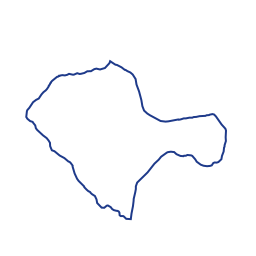 Camotán, Chiquimula, Guatemala (orthographic projection), rotated 48°
{"feature_id": "79465075B72038924069090", "entity_name": "Camotán", "entity_type": "district", "adm_level": 2, "iso_a3": "GTM", "parent_name": "Guatemala", "parent_adm1": "Chiquimula", "projection": "orthographic", "projection_center": [-89.276, 14.868], "detail": "fine", "context": "isolated", "style": "outline", "palette": "blue", "viewbox_px": 256, "rotation_deg": 48, "n_neighbors": 0, "source": "geoboundaries", "source_scale": "gbopen_adm2", "svg_char_len": 2177}
<svg xmlns="http://www.w3.org/2000/svg" viewBox="0 0 256 256"><g transform="rotate(48 128 128)"><path d="M213.7,79.5L211.6,76.8L209.5,72.7L206.8,69.7L206.5,68.8L205.4,67.7L203.2,64.0L200.2,61.6L195.5,56.9L193.7,56.1L188.0,56.1L178.2,54.9L175.6,55.0L174.2,55.9L172.8,58.3L172.6,59.2L171.1,61.1L170.8,62.3L167.1,66.9L165.4,69.9L163.8,71.9L163.3,73.4L161.5,75.3L159.5,78.7L158.2,80.1L156.9,83.0L155.8,84.8L155.3,84.9L150.1,93.5L148.4,95.8L144.6,99.1L133.1,103.2L130.1,104.0L125.8,104.4L121.4,102.7L116.2,99.4L108.2,95.3L101.4,92.6L96.7,89.6L91.4,88.7L88.3,89.1L85.3,90.4L83.1,91.0L82.6,91.5L78.6,92.2L73.8,94.0L72.5,95.0L66.4,96.6L67.4,98.4L68.0,105.0L65.8,109.6L62.7,111.8L61.7,113.7L61.0,117.5L58.6,120.3L57.9,123.6L56.3,126.6L55.5,127.8L53.3,129.1L52.1,132.6L51.5,133.3L48.3,135.6L47.8,137.6L46.7,139.7L44.8,141.4L43.6,143.3L43.6,144.0L43.0,144.3L43.0,145.8L42.5,146.5L42.2,152.8L42.4,154.5L42.8,154.9L42.7,155.9L43.4,157.0L43.5,158.5L44.0,159.0L44.8,162.1L45.0,163.9L44.8,166.8L45.1,169.4L45.3,170.4L46.4,174.6L45.6,177.5L45.3,181.3L47.0,187.9L47.3,190.7L47.8,191.8L51.7,196.2L53.8,196.6L57.4,196.1L59.6,194.8L60.7,195.0L64.0,195.2L66.5,196.6L68.6,196.8L76.5,196.1L81.1,195.2L84.2,195.4L86.8,195.9L89.4,198.0L93.6,199.5L96.0,198.2L102.7,197.2L107.8,195.4L113.1,194.7L114.1,194.1L115.7,194.0L118.9,194.3L119.6,195.0L126.1,198.1L131.6,199.8L134.2,200.1L142.1,199.7L142.7,200.1L146.1,200.0L148.7,199.7L149.3,199.3L150.4,199.0L151.2,199.2L153.2,199.0L156.4,198.1L160.0,199.2L163.1,201.1L169.5,200.9L171.4,199.0L171.5,195.8L172.1,194.8L175.2,193.8L177.6,194.0L179.5,193.5L181.8,192.0L182.5,191.3L183.6,190.8L184.1,190.8L185.1,191.0L187.3,192.6L188.6,192.3L190.1,190.6L190.9,190.3L194.3,190.1L197.6,186.9L193.9,182.6L189.4,176.6L186.0,172.7L184.5,171.2L180.6,165.6L178.6,163.0L176.6,161.2L174.7,157.7L174.1,143.2L172.2,132.2L172.1,126.4L171.5,122.6L172.3,115.4L172.7,114.4L174.3,112.0L176.8,109.8L179.9,109.5L183.9,107.7L186.1,105.6L186.1,104.9L187.3,103.6L187.8,101.9L190.6,99.4L191.7,98.9L196.3,99.0L199.0,99.5L203.9,98.5L206.6,97.1L209.3,94.8L211.0,92.5L211.8,90.8L211.1,88.0L211.6,86.7L213.1,85.2L213.8,83.6L213.7,79.5Z" fill="none" stroke="#1e3a8a" stroke-width="2"/></g></svg>